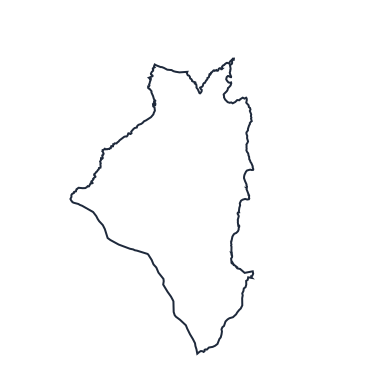 Busega, Simiyu, United Republic of Tanzania, rotated 121°
{"feature_id": "72390352B70559618037175", "entity_name": "Busega", "entity_type": "district", "adm_level": 2, "iso_a3": "TZA", "parent_name": "United Republic of Tanzania", "parent_adm1": "Simiyu", "projection": "orthographic", "projection_center": [33.696, -2.377], "detail": "fine", "context": "isolated", "style": "outline", "palette": "slate", "viewbox_px": 384, "rotation_deg": 121, "n_neighbors": 0, "source": "geoboundaries", "source_scale": "gbopen_adm2", "svg_char_len": 5995}
<svg xmlns="http://www.w3.org/2000/svg" viewBox="0 0 384 384"><g transform="rotate(121 192 192)"><path d="M228.7,99.1L234.2,105.2L233.2,111.1L234.1,113.8L233.6,115.2L233.2,115.0L232.8,118.4L233.1,118.7L232.6,119.4L232.6,120.2L232.2,119.9L231.8,120.8L231.9,121.4L231.4,121.3L231.1,121.9L231.4,122.3L228.9,124.2L227.3,124.1L226.4,124.5L225.6,125.6L225.3,125.4L224.4,126.6L224.4,126.1L223.2,126.9L222.7,127.6L218.5,130.0L217.8,130.9L216.8,131.1L215.5,132.3L214.6,132.6L214.7,133.2L214.9,133.3L213.7,132.9L209.4,134.4L206.9,134.4L206.0,134.2L204.3,133.0L203.2,132.7L201.9,132.4L200.1,132.7L198.7,133.5L197.5,133.6L196.8,134.0L196.6,134.2L196.9,134.5L197.9,134.3L194.4,137.1L193.0,137.8L192.4,138.4L188.8,139.4L188.2,139.9L187.3,141.5L186.7,142.0L186.0,142.0L185.2,141.1L184.5,141.8L181.2,143.3L178.6,143.9L177.1,145.2L174.3,145.5L172.8,144.9L172.8,145.3L172.8,144.9L170.6,142.9L170.0,140.8L168.9,139.5L168.2,139.5L167.5,140.2L165.6,141.2L165.2,141.8L165.3,142.2L164.9,142.3L161.5,146.7L160.5,147.0L160.4,147.4L160.3,147.2L159.0,147.7L158.4,148.6L157.4,149.2L155.3,152.2L153.3,154.6L151.7,155.4L150.1,155.9L146.7,156.2L145.2,155.9L142.9,153.7L142.3,151.9L141.5,151.0L140.9,151.2L139.4,152.9L138.7,153.2L136.7,156.0L136.1,157.4L134.9,158.7L134.6,159.6L132.3,161.3L131.6,162.4L130.3,163.4L129.8,164.1L129.2,165.6L128.2,166.9L126.8,167.4L125.8,168.2L124.3,169.0L123.3,169.8L121.2,169.8L119.8,170.0L117.5,172.5L115.4,173.6L114.1,175.3L112.9,176.0L110.3,175.8L109.2,176.5L105.8,177.3L103.8,177.4L103.2,177.9L101.5,177.7L100.5,177.3L98.7,179.2L97.8,179.3L96.6,180.6L95.0,181.2L92.7,184.2L91.3,184.3L90.1,185.5L89.9,187.0L88.5,188.2L87.5,191.5L84.9,192.4L83.6,193.4L83.3,194.2L84.9,195.1L85.0,197.1L87.8,198.5L88.9,198.6L89.9,200.6L92.6,201.3L95.0,202.8L95.0,204.5L96.1,205.6L96.6,207.7L95.7,211.2L94.4,213.3L93.3,213.9L92.3,215.0L91.7,215.1L87.7,214.1L86.0,214.1L84.4,214.7L83.5,214.3L80.8,213.8L78.5,214.4L78.0,215.0L78.7,215.4L79.3,217.2L78.5,219.5L77.7,220.8L75.7,221.4L74.1,221.0L73.9,220.7L73.7,218.2L73.4,217.7L72.8,218.0L71.8,219.5L70.3,221.1L68.3,221.6L67.8,222.1L67.1,222.1L66.2,222.6L63.7,224.8L63.1,224.9L62.3,224.0L61.6,223.9L60.9,224.0L58.7,225.3L57.5,224.8L57.2,224.3L56.1,224.8L56.7,225.7L58.0,225.7L58.3,226.0L58.7,225.8L60.1,226.5L61.5,226.6L62.3,226.3L62.9,226.8L63.1,228.2L63.5,228.8L65.3,229.6L66.5,229.8L67.4,230.5L69.0,230.8L70.8,229.7L70.7,229.5L71.4,229.7L71.7,230.1L71.4,231.8L72.5,232.5L74.4,232.2L74.8,232.4L75.2,233.1L74.9,233.9L76.4,234.9L76.2,235.4L76.6,236.1L78.9,236.6L79.8,237.1L80.0,236.8L81.8,236.8L81.8,237.6L82.0,237.7L84.8,236.7L85.6,236.9L86.2,237.5L87.7,236.9L89.0,237.3L91.9,237.2L92.4,237.8L93.4,238.0L95.5,237.4L96.4,237.5L98.3,238.8L99.0,238.0L99.5,236.2L100.8,235.6L102.2,235.6L103.3,235.9L103.4,236.5L100.8,240.2L100.5,241.4L99.9,242.2L99.1,242.5L97.7,243.7L97.6,245.3L96.8,245.1L96.3,245.6L96.8,247.8L96.8,249.2L96.1,249.7L95.6,250.7L95.6,252.0L95.1,252.6L94.4,253.1L93.8,254.3L94.1,255.8L92.7,257.7L91.4,257.9L95.9,264.3L97.4,268.1L98.0,270.2L98.0,272.3L99.9,276.2L100.1,280.1L100.5,282.3L101.0,283.0L101.2,284.1L101.8,287.7L101.9,289.6L103.9,289.3L104.3,288.5L104.5,288.8L105.1,288.7L105.7,289.1L106.2,289.2L106.5,288.6L107.0,288.7L108.0,287.8L109.7,288.3L111.7,288.2L112.3,287.7L112.5,285.8L113.1,285.5L116.3,287.8L116.4,287.0L116.9,286.3L116.4,286.1L116.2,285.6L116.9,285.2L119.2,284.8L120.6,284.3L121.9,284.2L122.3,283.6L122.7,283.3L123.6,283.3L124.1,283.9L124.6,283.3L125.3,283.3L125.6,282.3L125.5,281.3L126.5,278.6L127.6,278.0L129.9,274.7L131.9,272.6L132.8,270.4L133.3,270.5L133.9,271.2L134.7,270.6L135.4,270.6L135.5,270.0L134.6,269.7L134.9,269.1L135.6,268.6L136.5,268.3L136.9,269.1L136.5,270.1L136.9,270.6L138.6,269.3L138.8,267.7L141.4,265.7L143.8,265.5L145.4,265.1L149.0,265.7L154.3,268.3L156.0,269.5L158.4,270.0L159.9,270.7L161.9,272.4L163.3,272.9L164.5,272.8L165.1,272.5L166.7,274.1L168.1,274.6L171.6,275.2L172.9,274.1L174.0,274.6L174.2,275.4L174.1,276.3L174.6,276.8L176.8,276.3L178.1,276.6L178.6,277.6L179.5,278.5L185.0,280.7L186.5,280.9L188.2,281.6L189.2,281.7L190.2,283.4L191.3,283.5L191.6,284.1L193.4,283.3L193.8,284.2L194.2,284.1L194.5,284.8L196.3,284.2L196.9,285.0L197.7,285.0L198.1,285.9L199.1,286.8L199.1,287.1L199.9,288.0L199.8,289.0L201.4,289.5L202.0,290.1L202.3,289.8L203.2,289.9L203.6,288.8L204.3,288.0L205.0,287.7L205.0,287.4L206.0,287.3L206.7,287.7L206.8,287.4L209.1,286.6L209.0,286.0L209.7,286.0L210.2,286.6L210.2,287.2L211.8,286.4L213.2,286.5L214.4,285.0L215.1,285.0L217.1,283.5L218.3,283.0L219.4,284.1L220.7,283.6L221.7,284.0L223.4,284.0L224.2,284.4L226.6,284.6L226.8,284.9L227.8,284.7L228.4,282.8L228.8,282.6L230.1,283.2L231.6,283.5L231.8,283.1L233.3,283.2L234.7,283.7L235.5,281.9L236.3,282.3L236.7,283.4L240.2,283.2L240.5,283.5L240.7,284.4L242.1,284.7L243.6,285.5L245.0,287.6L246.8,291.4L248.9,292.3L249.1,292.1L249.9,292.3L251.2,291.8L252.6,293.1L253.1,293.1L253.2,292.8L253.6,292.7L255.5,293.8L256.8,293.8L258.3,292.8L260.6,292.6L261.6,291.0L262.0,289.5L262.3,289.2L262.1,287.7L260.8,283.2L260.8,281.4L260.4,279.1L260.1,266.4L262.0,261.6L263.7,258.9L264.8,256.6L266.3,251.4L268.7,247.6L274.9,240.6L275.2,237.2L274.8,227.7L272.6,215.9L271.5,212.8L271.4,211.1L270.6,208.9L268.0,198.3L268.1,197.4L271.0,191.6L273.9,187.7L275.1,183.7L278.4,179.2L281.2,171.7L283.0,170.3L286.2,169.0L290.1,161.6L292.5,156.1L294.6,152.6L295.3,151.6L304.3,145.9L306.5,143.4L307.2,141.5L307.7,136.5L309.4,128.6L311.6,125.7L315.0,120.4L317.6,115.5L320.1,111.5L322.3,109.7L324.5,107.2L327.9,104.2L325.0,103.2L323.7,102.4L323.1,100.9L323.1,99.7L322.0,99.3L320.8,99.9L320.1,99.5L319.4,98.1L316.6,97.4L314.1,94.5L311.9,93.0L309.1,91.9L303.9,92.8L301.9,92.5L299.0,93.3L296.1,94.5L294.5,96.0L292.2,96.3L290.3,95.6L285.7,96.6L282.9,95.9L280.9,94.9L278.2,92.4L274.2,91.2L271.9,91.2L268.9,90.8L266.8,90.2L263.3,90.5L257.2,94.3L254.5,95.3L253.0,96.7L250.5,96.9L248.0,97.9L246.0,97.1L243.4,97.8L240.3,99.8L238.6,99.0L236.2,99.9L234.8,96.3L234.5,97.5L233.7,97.9L233.3,97.3L232.6,97.2L230.5,97.5L228.7,99.1Z" fill="none" stroke="#1e293b" stroke-width="2"/></g></svg>